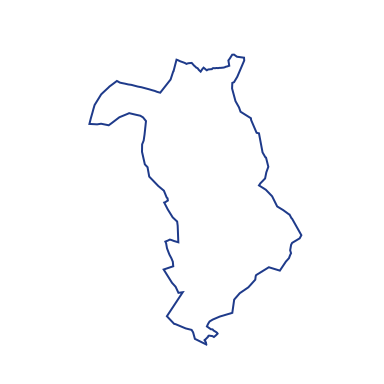 outline of Atakunmosa West, Osun, Nigeria, rotated 195°
{"feature_id": "59680162B20429116941940", "entity_name": "Atakunmosa West", "entity_type": "district", "adm_level": 2, "iso_a3": "NGA", "parent_name": "Nigeria", "parent_adm1": "Osun", "projection": "mercator", "projection_center": [4.653, 7.599], "detail": "fine", "context": "isolated", "style": "outline", "palette": "blue", "viewbox_px": 384, "rotation_deg": 195, "n_neighbors": 0, "source": "geoboundaries", "source_scale": "gbopen_adm2", "svg_char_len": 2776}
<svg xmlns="http://www.w3.org/2000/svg" viewBox="0 0 384 384"><g transform="rotate(195 192 192)"><path d="M75.2,178.6L88.5,192.2L89.1,192.4L92.0,195.5L92.5,195.5L99.2,198.1L106.0,200.1L113.5,208.6L121.3,213.3L129.0,215.7L128.2,218.1L124.9,224.0L125.3,230.3L124.8,236.1L129.4,244.4L130.1,244.5L134.1,248.5L142.5,266.0L144.9,265.9L145.0,266.0L153.5,276.8L154.2,278.5L165.9,282.1L168.5,285.9L173.5,291.0L180.1,302.4L181.3,307.8L179.8,309.0L178.1,315.0L175.6,332.5L176.5,335.2L183.6,334.3L187.0,335.6L188.7,335.0L190.2,330.2L190.9,328.5L188.7,323.6L189.6,323.0L190.5,322.4L191.8,321.7L192.6,321.0L193.6,320.4L194.9,319.9L196.2,319.4L197.4,319.1L198.9,318.4L200.5,318.1L201.8,317.5L203.3,317.2L204.1,316.8L204.6,315.8L206.6,315.1L208.0,314.6L209.2,313.4L210.2,313.8L211.4,314.4L213.0,315.1L213.8,313.5L214.8,310.5L215.9,311.1L217.0,311.7L218.6,313.0L220.2,313.3L221.5,314.1L222.5,314.5L225.7,316.6L228.7,315.5L229.6,315.0L230.5,314.3L231.9,314.7L233.3,314.9L234.5,315.0L235.8,315.1L237.1,315.2L238.2,315.4L239.8,315.7L241.2,315.8L241.1,303.2L241.3,304.2L241.8,295.1L248.4,279.7L251.6,279.7L254.2,280.0L256.4,280.0L260.0,280.1L264.1,280.1L268.0,280.1L271.7,279.8L273.8,279.8L275.6,279.8L278.3,279.8L281.4,279.4L284.8,279.3L287.6,279.1L289.9,279.0L293.3,279.8L296.1,276.2L299.2,272.3L299.4,271.8L303.6,265.1L305.0,262.8L308.6,250.8L308.7,246.2L308.7,242.9L308.8,237.0L308.7,231.2L301.1,232.8L297.5,234.4L289.7,234.9L287.3,237.9L281.5,245.4L274.3,250.9L273.1,251.9L266.1,252.1L261.7,252.3L258.6,251.4L254.8,248.6L253.5,240.3L252.7,235.1L252.0,229.2L252.5,225.1L250.7,217.9L244.7,206.5L241.3,204.4L240.8,203.2L237.3,195.8L226.0,189.0L219.5,186.0L215.0,180.1L214.0,179.6L213.1,177.5L214.0,176.6L214.4,176.1L214.9,175.6L215.5,175.0L216.1,174.6L210.9,168.9L206.1,164.4L204.1,162.5L203.3,162.1L198.7,159.6L197.1,155.7L192.2,139.9L196.6,140.0L199.4,140.3L201.1,140.3L203.0,138.6L203.3,138.4L204.9,137.2L203.7,135.7L203.1,134.4L201.6,131.2L198.8,127.3L197.5,125.6L194.8,122.7L192.5,119.7L190.9,115.4L199.3,109.8L187.8,99.1L183.3,96.2L179.0,91.1L175.0,92.8L184.1,65.5L175.1,60.0L173.8,60.1L162.8,58.6L156.7,58.7L154.6,56.7L151.2,50.9L138.7,48.4L138.7,48.5L139.0,49.0L139.4,49.5L139.5,50.1L140.2,50.9L141.4,52.0L141.0,52.3L141.2,52.7L141.0,52.9L139.7,55.1L139.5,55.6L139.3,55.7L139.0,56.5L138.9,57.3L138.4,57.7L137.4,57.8L135.0,58.1L133.3,57.6L131.9,59.6L130.9,61.3L130.6,61.8L131.2,62.4L132.3,62.9L134.3,63.5L135.4,63.8L136.3,64.5L136.8,64.6L138.3,64.3L139.0,64.6L142.8,66.0L142.5,67.9L142.2,69.3L141.5,71.5L139.0,74.1L132.9,78.9L121.8,85.7L123.4,99.0L119.7,106.6L112.9,114.5L108.2,123.7L108.7,127.2L108.5,128.4L98.3,139.2L86.8,138.8L83.3,149.1L81.2,153.2L80.9,156.4L80.5,158.5L82.1,161.1L82.6,166.7L82.1,168.8L76.0,175.1L75.2,178.6Z" fill="none" stroke="#1e3a8a" stroke-width="2"/></g></svg>